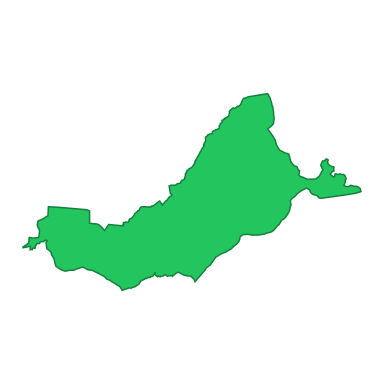 Archis, Arad, Romania
{"feature_id": "2599482B89375276768530", "entity_name": "Archis", "entity_type": "district", "adm_level": 2, "iso_a3": "ROU", "parent_name": "Romania", "parent_adm1": "Arad", "projection": "mercator", "projection_center": [22.118, 46.506], "detail": "fine", "context": "isolated", "style": "filled", "palette": "green", "viewbox_px": 384, "rotation_deg": 0, "n_neighbors": 0, "source": "geoboundaries", "source_scale": "gbopen_adm2", "svg_char_len": 6018}
<svg xmlns="http://www.w3.org/2000/svg" viewBox="0 0 384 384"><path d="M355.8,193.2L361.0,191.6L360.5,190.1L360.3,188.7L359.5,187.9L357.9,186.8L356.2,186.3L353.9,186.2L351.0,185.4L350.3,185.4L349.0,186.3L348.1,186.6L346.7,186.6L345.4,186.2L343.8,185.4L344.8,183.3L345.5,181.7L345.2,180.5L346.2,178.7L345.0,175.7L344.5,175.1L343.8,174.6L342.9,174.4L341.2,174.4L339.9,173.9L339.5,174.0L338.4,174.4L337.7,174.4L337.0,174.3L336.0,173.8L335.5,173.9L335.1,174.0L334.6,176.8L334.1,177.0L333.4,176.9L332.5,176.0L331.5,175.7L330.3,173.6L331.1,173.0L331.8,172.3L332.0,171.8L334.0,170.9L333.7,169.0L334.0,167.1L333.5,166.8L331.9,166.5L330.3,165.8L329.3,165.1L328.4,164.1L327.7,163.1L327.6,161.5L328.2,160.2L327.8,159.5L326.2,158.9L324.7,160.5L324.0,160.9L322.5,161.0L320.9,164.6L320.9,166.0L321.7,166.4L321.7,167.8L323.0,169.7L321.6,171.8L320.5,173.9L319.7,175.5L318.6,176.8L315.8,179.0L307.2,179.3L303.4,177.4L300.4,176.5L299.0,175.4L299.0,174.0L299.4,172.4L299.5,170.6L298.4,170.0L297.4,167.8L296.7,166.5L295.4,166.3L293.9,165.5L292.0,163.2L290.6,161.2L289.4,156.0L288.8,154.3L287.8,153.5L286.9,153.5L285.2,153.0L283.5,152.2L281.9,151.2L279.8,150.3L277.3,146.6L276.3,144.2L275.1,139.8L274.3,138.8L273.1,136.5L269.3,131.0L267.8,129.2L267.7,128.7L270.4,126.9L272.5,124.9L273.4,123.5L273.7,122.3L273.6,121.6L274.1,119.2L274.1,117.9L273.6,115.0L273.6,112.3L273.2,110.8L272.8,107.1L272.0,105.2L271.7,103.3L270.3,98.8L269.8,97.4L268.1,94.5L267.7,93.6L248.1,96.8L246.2,97.8L243.5,98.4L241.6,102.0L240.7,104.4L238.9,106.3L237.5,106.2L235.0,108.4L233.1,107.9L232.0,108.7L230.5,110.1L229.4,111.3L229.4,112.8L228.9,115.8L228.3,116.5L224.6,118.4L224.5,119.2L223.9,119.1L223.5,119.9L221.9,120.3L222.2,121.3L221.9,122.5L220.9,123.2L220.2,123.9L220.1,125.1L219.3,125.6L219.2,126.8L219.3,127.4L219.1,128.5L216.8,129.5L215.7,129.7L215.1,130.3L214.0,130.6L212.4,131.8L212.3,132.9L212.1,133.6L210.0,134.0L208.0,134.7L207.2,136.0L206.1,136.5L205.4,138.0L205.8,139.5L205.5,141.4L204.7,142.7L204.0,143.4L204.4,144.3L203.6,144.9L203.9,145.6L203.6,145.9L203.7,146.7L203.2,147.1L202.1,148.4L200.5,151.8L200.1,152.0L199.2,154.2L197.8,156.3L196.2,159.5L195.4,160.4L195.8,160.8L194.9,161.8L194.7,162.1L194.9,162.9L194.4,163.5L194.1,164.3L193.4,164.9L193.4,165.4L191.9,167.2L189.5,168.7L188.6,169.1L187.9,170.4L187.1,170.5L186.4,172.0L186.6,172.7L186.5,172.9L185.6,173.3L185.5,173.6L185.5,174.1L185.3,175.0L185.5,176.0L184.7,177.4L184.8,178.5L184.7,179.0L184.0,179.3L183.7,179.6L183.5,180.2L182.5,180.1L182.1,180.2L180.8,181.6L180.8,182.6L180.5,183.1L179.8,183.2L178.7,183.7L177.9,183.5L177.1,183.8L176.6,184.4L175.2,185.3L173.3,185.1L171.5,185.3L170.9,185.2L169.8,186.0L169.1,186.0L170.4,193.5L172.1,195.0L171.2,195.9L169.9,196.6L169.2,197.1L167.8,199.0L167.2,200.0L165.5,201.3L163.9,203.2L163.0,203.8L162.3,205.0L159.7,201.0L157.5,202.6L154.5,205.0L153.1,205.7L152.8,206.2L151.8,206.0L151.2,206.4L150.9,207.0L149.5,206.9L146.4,207.0L145.9,206.7L141.9,206.8L141.0,207.0L140.1,207.9L139.6,208.9L139.3,210.1L139.0,210.4L138.4,210.5L137.7,210.8L137.7,211.5L136.4,212.2L136.0,213.0L135.1,213.3L134.5,213.9L134.3,214.3L134.1,215.1L133.6,215.9L133.2,216.5L132.1,217.5L132.0,218.1L130.5,218.8L129.5,219.1L129.2,219.9L129.3,220.5L128.9,220.7L128.9,221.0L128.6,221.7L128.1,222.0L128.1,222.3L126.4,222.1L125.8,221.9L125.5,222.1L124.3,222.6L123.5,222.5L123.4,222.8L123.3,223.3L123.7,223.5L123.4,224.0L123.6,224.4L123.4,224.5L123.7,224.6L123.1,225.7L122.2,225.8L108.7,224.5L104.6,230.6L102.0,227.5L98.9,224.8L97.0,224.0L89.6,223.3L89.6,210.9L86.7,209.7L60.1,207.4L48.4,206.7L47.9,215.9L46.4,216.5L45.7,217.1L44.9,217.5L43.9,218.5L38.6,220.7L37.8,221.4L37.3,225.0L37.5,226.2L38.3,227.9L39.3,229.7L39.5,230.8L39.2,235.2L38.4,237.5L35.2,238.0L33.1,238.1L29.3,237.4L29.2,237.5L28.9,241.3L28.7,241.6L28.5,243.4L27.4,243.8L27.5,244.1L23.1,246.8L23.0,247.7L24.9,247.4L25.3,246.9L25.7,247.3L30.0,246.2L30.3,246.3L30.2,249.8L31.0,249.4L32.2,249.7L32.5,248.9L33.2,248.1L34.9,248.4L35.1,247.7L35.0,247.1L35.4,246.9L35.3,245.8L36.1,245.3L36.1,244.7L36.2,244.4L36.7,244.1L36.9,243.6L37.5,243.5L39.5,243.6L40.0,242.5L40.4,241.8L41.1,241.6L42.4,241.7L43.8,241.6L43.9,240.9L45.1,240.5L45.7,240.1L46.8,240.4L47.0,240.6L47.0,240.9L46.2,242.1L46.0,242.8L46.3,245.0L46.5,245.7L46.9,248.7L50.2,251.3L51.4,252.6L51.5,252.9L51.3,253.0L51.2,253.4L51.5,254.6L52.0,255.1L52.9,257.2L53.8,258.1L54.8,262.3L55.8,266.1L59.4,268.8L62.9,270.4L65.1,271.2L69.5,270.3L73.9,270.2L76.8,268.9L79.1,268.2L82.4,267.1L83.8,267.3L85.1,268.3L87.6,269.7L89.3,270.0L91.9,270.2L99.5,273.9L104.6,276.7L106.1,278.5L107.1,279.3L110.1,280.3L111.3,281.4L115.3,283.7L117.5,285.3L119.0,286.0L120.4,287.3L122.1,290.4L128.8,288.0L129.3,287.9L130.9,288.2L132.1,287.7L132.8,287.2L133.6,287.1L134.2,286.8L134.7,286.9L135.5,286.5L137.4,285.0L138.2,284.7L138.9,284.1L139.0,283.7L139.5,282.8L140.0,282.5L140.3,281.9L140.4,281.5L141.1,280.6L141.5,280.4L142.0,280.6L143.1,279.9L143.2,279.6L144.2,279.4L144.8,279.0L145.3,278.3L146.2,278.6L146.9,278.1L147.8,277.9L148.0,277.5L148.6,277.4L149.4,277.5L149.7,277.2L150.2,277.3L151.1,276.5L151.8,276.5L152.6,276.2L153.9,275.0L154.7,272.9L155.1,272.9L154.7,274.3L157.6,276.8L158.0,276.2L158.4,276.2L160.3,276.9L161.2,276.1L162.3,276.1L163.6,275.8L165.1,274.5L167.3,276.3L167.7,276.3L168.3,275.9L172.6,275.6L172.6,276.1L175.4,273.8L176.9,272.7L178.0,272.3L178.7,272.4L184.6,275.4L185.7,275.5L187.9,276.0L190.4,276.0L192.8,278.1L194.0,279.3L195.0,281.7L205.4,269.6L205.8,268.3L210.2,265.1L215.7,257.2L221.1,253.9L226.0,252.0L231.5,248.6L234.5,245.6L236.2,244.5L238.8,241.6L239.8,238.9L239.9,237.4L241.5,235.4L243.1,234.7L247.5,234.3L252.6,235.1L258.9,235.0L264.6,234.0L267.1,232.9L269.6,232.5L271.6,231.8L272.8,231.0L274.2,229.8L277.1,226.2L279.0,224.7L281.7,220.1L283.7,219.2L285.5,217.4L287.9,213.8L289.6,210.6L290.3,206.0L290.9,205.4L291.0,204.6L290.3,200.5L292.4,198.1L295.2,196.1L297.3,193.7L302.1,190.2L306.4,188.2L308.5,189.0L309.6,190.1L310.7,192.6L313.2,194.6L317.0,195.5L319.2,198.1L321.1,198.3L344.8,195.0L355.8,193.2Z" fill="#22c55e" stroke="#15803d" stroke-width="1.5"/></svg>